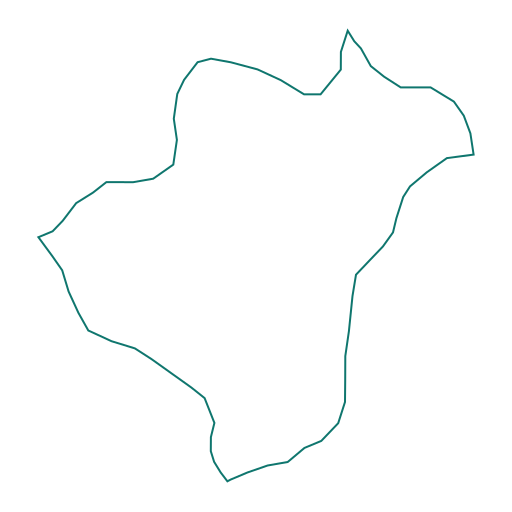 the district of Hoeyang, Kangwŏn-do, North Korea
{"feature_id": "82179303B10482682881188", "entity_name": "Hoeyang", "entity_type": "district", "adm_level": 2, "iso_a3": "PRK", "parent_name": "North Korea", "parent_adm1": "Kangwŏn-do", "projection": "orthographic", "projection_center": [127.64, 38.756], "detail": "fine", "context": "isolated", "style": "outline", "palette": "teal", "viewbox_px": 512, "rotation_deg": 0, "n_neighbors": 0, "source": "geoboundaries", "source_scale": "gbopen_adm2", "svg_char_len": 973}
<svg xmlns="http://www.w3.org/2000/svg" viewBox="0 0 512 512"><path d="M176.9,96.6L173.8,118.7L176.9,139.9L173.3,164.6L153.2,178.7L133.1,182.2L106.4,182.1L93.0,192.6L76.2,203.1L62.7,220.8L52.6,231.3L38.4,237.2L52.3,256.1L62.2,270.3L68.6,291.5L78.4,312.8L88.3,330.5L111.5,341.2L134.9,348.4L151.5,359.1L171.4,373.3L191.3,387.5L204.6,398.1L214.4,422.9L210.9,437.1L210.8,451.2L214.1,461.8L220.7,472.5L227.4,481.3L230.6,479.6L247.4,472.5L267.6,465.5L287.7,462.0L304.5,447.9L321.3,440.9L338.2,423.2L345.0,402.0L345.2,380.8L345.3,356.1L348.9,331.3L352.5,296.0L356.0,274.7L369.4,260.6L382.9,246.5L393.0,232.4L396.4,218.2L403.2,197.0L410.0,186.4L426.8,172.3L446.9,158.1L473.6,154.6L470.4,133.4L463.8,115.7L453.9,101.6L430.6,87.4L400.7,87.4L384.1,76.7L370.8,66.1L360.9,48.4L354.3,41.3L347.7,30.7L340.9,51.9L340.8,69.6L320.6,94.3L304.0,94.3L280.7,80.1L257.5,69.4L230.9,62.3L211.0,58.7L197.6,62.2L184.1,79.8L177.3,93.9L176.9,96.6Z" fill="none" stroke="#0f766e" stroke-width="2"/></svg>